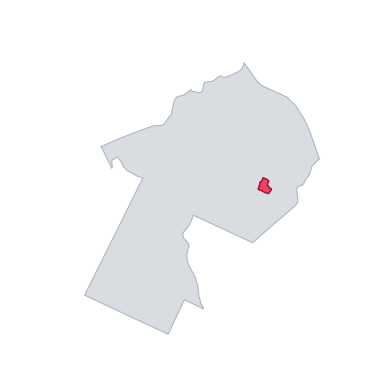 Malacatancito, Huehuetenango, Guatemala (highlighted), rotated 205°
{"feature_id": "79465075B52740095306971", "entity_name": "Malacatancito", "entity_type": "district", "adm_level": 2, "iso_a3": "GTM", "parent_name": "Guatemala", "parent_adm1": "Huehuetenango", "projection": "equal_earth", "projection_center": [-91.474, 15.234], "detail": "fine", "context": "in_parent", "style": "filled", "palette": "rose", "viewbox_px": 384, "rotation_deg": 205, "n_neighbors": 0, "source": "geoboundaries", "source_scale": "gbopen_adm2", "svg_char_len": 2806}
<svg xmlns="http://www.w3.org/2000/svg" viewBox="0 0 384 384"><g transform="rotate(205 192 192)"><path d="M90.4,275.7L91.7,273.9L92.8,269.9L94.2,265.7L93.4,260.9L92.9,257.0L94.4,251.4L94.3,247.1L95.0,244.5L97.3,242.8L98.6,239.5L92.0,228.4L92.0,225.8L92.9,222.7L98.2,210.8L104.6,196.6L111.6,181.0L115.8,171.6L131.1,171.6L141.2,171.6L154.1,171.6L168.1,171.6L177.3,171.5L181.1,171.4L180.4,165.3L180.9,158.6L182.6,152.5L182.6,149.8L179.8,146.5L174.5,144.5L171.6,141.6L171.6,137.9L170.3,133.5L167.7,128.2L162.3,122.8L154.3,117.3L147.4,110.0L141.7,100.7L136.9,94.8L133.2,92.3L132.3,91.0L143.1,91.1L153.4,91.2L153.4,78.0L153.5,66.2L153.5,53.0L172.0,53.0L194.2,53.0L217.1,53.0L235.1,53.1L245.7,53.1L245.3,69.5L244.8,88.6L244.5,102.6L244.0,121.3L243.5,140.5L242.9,166.7L242.4,183.6L242.7,184.0L248.7,183.2L257.6,183.9L259.8,183.8L262.6,185.3L264.7,185.8L269.3,189.6L274.6,192.5L278.0,186.6L276.2,183.1L274.8,181.3L275.0,179.8L293.6,194.9L291.5,197.2L286.8,202.6L278.3,211.8L270.6,220.0L263.3,227.5L256.6,234.2L255.9,234.9L247.4,239.7L246.0,241.9L244.3,251.4L243.5,253.8L245.0,259.0L246.6,267.2L246.1,271.5L240.3,276.7L237.6,281.5L236.4,284.5L235.4,283.7L233.6,283.5L229.4,284.7L227.4,284.9L225.7,286.3L225.5,289.2L226.7,294.0L227.1,296.5L225.9,297.6L220.8,300.5L218.8,303.3L216.8,307.7L214.6,309.6L212.2,309.2L210.6,309.9L207.0,313.2L201.6,319.6L198.8,324.3L198.7,327.9L199.3,331.0L179.7,319.8L173.2,317.9L145.8,318.1L134.0,313.7L120.6,305.1L111.5,297.4L90.4,275.7Z" fill="#d9dde1" stroke="#a8b0b8" stroke-width="1"/><path d="M125.6,222.2L125.4,222.2L125.0,222.4L124.9,222.5L124.6,222.7L124.1,222.8L123.1,222.7L122.3,222.8L122.2,222.8L122.0,223.2L121.8,223.6L121.6,224.8L121.5,225.6L121.4,226.0L121.3,226.5L121.2,226.7L121.2,226.9L121.2,227.2L121.1,227.3L121.1,227.5L121.1,227.8L121.3,228.2L121.4,228.3L121.5,228.5L123.3,228.4L123.5,228.6L123.8,228.7L124.1,229.0L124.3,229.2L124.6,229.4L125.0,229.5L125.6,229.8L126.2,230.1L126.6,230.3L126.8,231.3L126.9,231.9L126.9,232.4L127.0,232.9L127.1,234.5L127.5,234.6L128.0,234.7L128.3,234.8L128.5,234.8L129.3,235.1L130.5,235.1L131.2,235.0L131.5,235.1L131.8,235.0L132.6,235.0L132.8,235.0L133.4,235.0L133.5,235.0L133.5,234.8L133.5,234.0L133.5,233.6L133.7,230.7L133.7,230.2L133.8,230.2L134.0,230.2L134.3,229.9L134.3,229.7L134.5,229.5L134.5,229.4L134.2,228.9L134.1,228.7L134.1,228.4L134.0,228.2L133.9,227.9L133.9,227.7L133.9,227.2L133.8,226.9L133.8,226.7L133.8,226.2L133.6,225.9L133.6,225.5L133.6,225.3L133.5,225.1L133.5,224.9L133.5,224.7L133.5,224.3L133.4,223.6L133.4,223.1L133.3,222.8L132.9,222.6L132.5,222.5L132.0,222.5L131.7,222.4L131.4,222.4L130.8,222.3L130.6,222.4L130.4,222.5L130.2,222.6L129.8,222.7L129.4,222.8L129.1,222.7L128.5,222.5L127.8,222.4L127.7,222.4L126.6,222.4L126.1,222.3L125.7,222.2L125.6,222.2Z" fill="#f43f5e" stroke="#9f1239" stroke-width="1.5"/></g></svg>